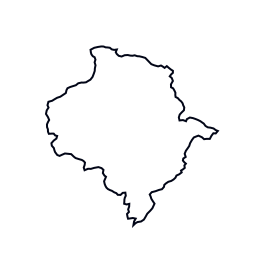 Ibertioga, Minas Gerais, Brazil, rotated 58°
{"feature_id": "56859067B85312067308682", "entity_name": "Ibertioga", "entity_type": "district", "adm_level": 2, "iso_a3": "BRA", "parent_name": "Brazil", "parent_adm1": "Minas Gerais", "projection": "natural_earth1", "projection_center": [-43.949, -21.448], "detail": "fine", "context": "isolated", "style": "outline", "palette": "ink", "viewbox_px": 256, "rotation_deg": 58, "n_neighbors": 0, "source": "geoboundaries", "source_scale": "gbopen_adm2", "svg_char_len": 2840}
<svg xmlns="http://www.w3.org/2000/svg" viewBox="0 0 256 256"><g transform="rotate(58 128 128)"><path d="M178.1,53.4L176.3,54.7L173.7,55.7L171.4,57.9L169.7,60.0L167.3,61.2L164.4,61.4L162.6,62.2L160.6,63.0L158.3,64.4L156.1,66.0L154.0,67.7L151.9,70.0L151.7,73.4L153.0,75.2L150.4,77.2L148.9,80.3L146.0,79.3L144.0,77.0L143.3,74.5L142.6,71.2L140.4,69.4L137.8,69.1L136.0,68.6L133.6,68.8L131.6,69.5L129.1,69.9L126.9,71.2L125.1,70.4L123.2,69.1L120.9,68.8L118.3,68.7L116.3,69.9L113.7,68.4L111.9,65.0L108.8,64.4L106.3,65.2L105.4,63.0L105.0,60.7L103.3,59.6L101.2,60.6L98.7,61.5L96.1,62.3L96.4,65.1L94.2,66.0L92.5,66.9L91.7,69.8L88.9,72.4L86.2,74.4L83.4,75.0L81.0,75.5L77.7,76.2L75.2,78.4L73.2,80.4L72.0,82.1L69.9,83.8L69.1,85.9L67.8,87.7L66.0,89.5L64.5,92.3L64.0,95.5L61.9,97.6L59.3,98.3L57.2,98.2L55.5,95.9L54.4,98.4L52.7,100.1L50.3,100.9L48.9,102.6L47.7,104.3L46.0,105.5L44.7,107.4L43.4,110.4L42.1,114.1L41.8,118.3L44.4,119.5L46.2,120.0L48.5,119.8L50.3,118.8L52.8,119.4L54.6,121.5L57.6,122.3L59.9,124.5L62.0,126.0L63.8,128.2L65.9,131.0L67.1,134.3L67.0,137.0L67.0,139.4L66.0,141.5L64.8,143.4L63.7,146.5L64.1,149.5L63.4,152.2L62.6,155.3L62.2,158.2L63.3,160.1L65.4,162.2L65.5,165.5L65.6,168.8L64.8,172.1L64.7,175.4L64.7,177.9L63.6,181.6L66.0,184.2L68.6,184.6L70.0,187.6L72.6,190.1L76.4,190.1L79.4,190.6L80.6,192.8L82.0,194.8L84.4,196.2L86.6,196.6L88.7,197.8L91.0,198.2L92.2,195.9L93.4,194.0L95.7,193.7L97.2,192.3L99.0,194.3L99.3,197.6L100.3,201.0L102.7,202.0L105.7,201.5L107.9,202.2L109.8,202.6L113.4,202.3L115.4,200.8L115.7,198.3L116.2,195.0L117.9,192.8L120.1,190.0L123.4,189.2L125.7,188.4L128.5,186.0L130.6,184.1L132.4,183.2L134.5,182.8L136.4,184.4L138.1,186.5L140.8,187.2L141.4,183.5L143.0,181.1L143.9,177.8L145.5,173.8L148.0,171.7L150.5,171.0L152.9,173.2L155.8,173.2L157.7,172.5L158.9,174.2L160.5,176.5L163.0,177.4L165.1,177.8L167.1,177.9L169.1,177.4L171.1,176.2L172.8,174.9L175.2,173.8L177.1,172.4L179.2,172.1L180.8,169.8L180.2,166.9L181.4,164.5L184.3,165.8L185.4,167.6L186.8,169.0L188.6,170.2L190.2,171.4L192.1,169.7L193.0,167.1L195.3,168.7L197.1,171.0L199.7,171.7L200.4,174.4L203.1,175.5L205.0,176.0L205.9,173.9L206.9,171.6L208.9,169.5L210.5,172.4L213.3,174.9L212.7,172.1L212.8,169.8L214.2,166.5L214.1,163.1L212.8,160.5L210.9,157.1L209.9,152.8L209.0,149.9L207.9,148.2L206.2,145.6L203.2,145.7L200.3,145.7L198.1,145.1L195.9,144.8L195.0,141.9L196.2,138.1L196.9,134.7L197.9,131.6L197.0,128.7L195.5,127.4L195.1,125.2L195.0,122.3L195.8,119.4L195.8,116.6L195.3,114.1L194.0,112.1L194.4,109.2L194.1,106.0L192.2,105.6L192.2,103.3L191.9,101.0L189.6,100.0L188.9,97.8L186.9,98.4L184.7,98.7L183.2,97.3L183.1,94.4L179.9,93.6L178.0,91.0L176.9,88.3L175.7,85.6L173.8,83.4L172.1,80.2L170.9,77.2L171.3,74.8L171.8,72.3L175.0,70.2L177.8,69.4L178.8,67.2L180.6,64.4L178.8,61.3L177.7,58.4L179.1,56.5L178.1,53.4Z" fill="none" stroke="#020617" stroke-width="2"/></g></svg>